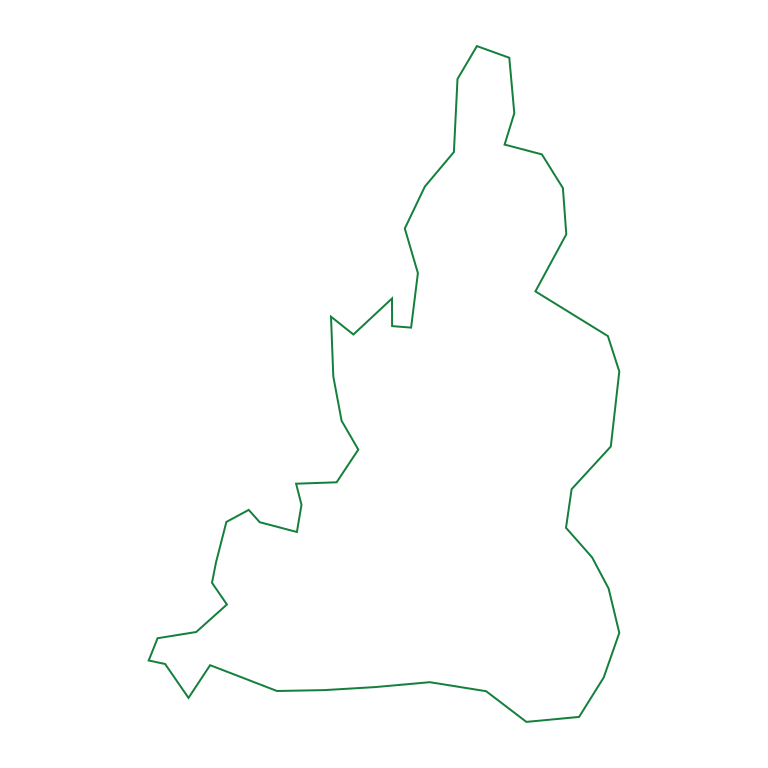 Turakurgan, Namangan, Uzbekistan
{"feature_id": "79887680B29549243080653", "entity_name": "Turakurgan", "entity_type": "district", "adm_level": 2, "iso_a3": "UZB", "parent_name": "Uzbekistan", "parent_adm1": "Namangan", "projection": "natural_earth1", "projection_center": [71.419, 40.997], "detail": "fine", "context": "isolated", "style": "outline", "palette": "green", "viewbox_px": 768, "rotation_deg": 0, "n_neighbors": 0, "source": "geoboundaries", "source_scale": "gbopen_adm2", "svg_char_len": 772}
<svg xmlns="http://www.w3.org/2000/svg" viewBox="0 0 768 768"><path d="M579.1,716.9L603.7,677.5L619.3,632.9L608.6,588.5L592.1,557.4L566.0,527.8L571.6,489.2L610.8,446.5L619.3,371.5L607.9,336.1L535.4,291.4L566.3,234.3L562.9,188.1L541.9,154.4L504.6,144.6L514.3,113.2L509.3,57.8L476.9,46.1L457.5,79.0L453.9,152.0L424.9,186.5L404.8,228.5L417.9,273.1L411.1,327.6L392.1,326.1L392.0,298.5L353.4,334.5L331.0,316.7L333.3,376.5L341.6,420.8L358.3,449.6L336.6,482.3L296.1,483.7L301.5,504.8L296.9,532.0L259.7,522.2L248.7,509.9L226.4,521.9L216.0,562.4L212.0,582.8L226.9,604.5L196.2,632.0L157.6,638.2L148.7,660.5L165.1,664.0L188.5,697.9L210.1,665.2L277.0,691.0L324.6,690.1L374.8,687.1L429.8,682.2L486.1,691.2L526.4,721.9L579.1,716.9Z" fill="none" stroke="#15803d" stroke-width="2"/></svg>